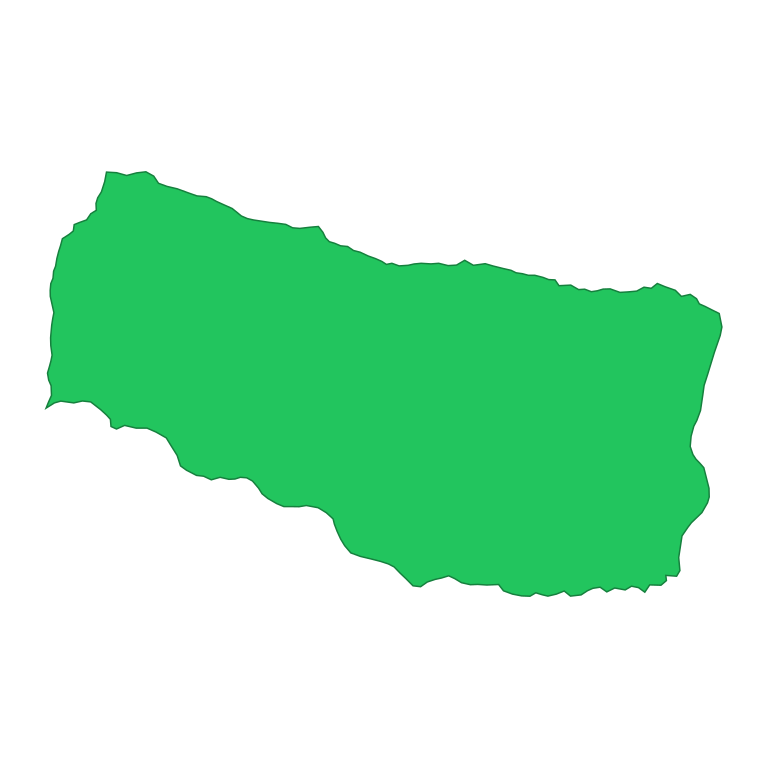 outline of Taciba, São Paulo, Brazil, rotated 270°
{"feature_id": "56859067B58101477098710", "entity_name": "Taciba", "entity_type": "district", "adm_level": 2, "iso_a3": "BRA", "parent_name": "Brazil", "parent_adm1": "São Paulo", "projection": "orthographic", "projection_center": [-51.338, -22.499], "detail": "fine", "context": "isolated", "style": "filled", "palette": "green", "viewbox_px": 768, "rotation_deg": 270, "n_neighbors": 0, "source": "geoboundaries", "source_scale": "gbopen_adm2", "svg_char_len": 2939}
<svg xmlns="http://www.w3.org/2000/svg" viewBox="0 0 768 768"><g transform="rotate(270 384 384)"><path d="M182.2,413.0L181.3,420.6L186.0,427.3L188.6,435.1L190.0,441.5L192.2,448.7L189.4,454.7L185.3,461.5L183.3,470.4L183.6,477.7L183.0,486.8L183.5,498.6L177.2,503.5L173.9,512.5L172.1,521.7L171.8,530.0L175.2,535.8L173.2,542.4L171.9,547.9L173.9,556.4L177.0,564.2L171.9,570.5L173.1,581.1L177.3,587.5L179.7,592.9L180.8,600.1L176.1,606.8L180.0,614.7L178.1,625.2L181.8,631.5L180.4,638.5L175.8,644.8L183.1,649.7L182.8,661.0L187.4,666.4L192.6,665.8L191.8,676.6L197.4,679.9L210.5,678.7L232.1,682.0L240.6,687.8L245.3,691.4L255.4,701.9L265.2,707.5L271.0,709.2L279.7,709.0L300.3,703.8L304.5,700.1L308.9,695.9L313.5,692.9L321.5,690.2L331.8,691.1L341.8,693.8L347.5,696.8L357.5,700.5L373.1,702.8L382.6,704.1L393.8,707.7L415.7,714.4L432.5,720.2L441.0,721.9L454.5,719.2L458.1,711.9L461.6,705.0L464.1,699.3L469.3,696.5L473.6,690.2L471.6,681.4L477.7,675.3L481.3,665.0L484.5,657.3L479.7,651.3L480.8,644.0L476.9,636.7L476.1,628.2L475.6,620.0L479.1,610.2L478.9,603.1L477.2,597.3L476.3,591.3L478.8,584.7L478.4,578.6L482.9,570.8L482.3,559.0L488.1,555.0L488.4,548.7L490.6,543.0L492.7,534.9L492.7,528.4L494.3,522.4L495.2,516.1L497.7,511.0L499.5,503.1L502.0,493.1L504.3,485.2L502.7,473.4L507.7,464.7L502.9,456.5L502.4,448.1L504.7,438.7L504.1,430.9L504.7,421.1L504.0,413.9L502.7,408.2L502.1,399.1L504.7,391.9L503.6,386.4L506.6,381.8L509.4,375.5L512.0,368.2L515.8,360.1L517.5,353.5L521.5,347.6L522.2,340.5L524.7,334.7L526.3,329.3L530.1,325.6L535.7,322.9L541.5,318.4L540.8,310.3L539.6,299.9L540.2,292.6L543.6,285.8L544.7,277.9L545.6,269.4L546.9,261.0L548.0,253.7L549.4,247.4L552.0,241.4L559.5,232.2L563.1,224.1L566.5,216.6L569.2,211.7L571.3,206.2L572.1,196.9L575.2,188.1L579.2,177.2L581.6,167.0L584.7,158.5L591.9,153.7L596.2,145.9L595.1,136.5L592.5,126.7L595.3,116.6L595.9,106.5L586.4,104.7L576.1,101.4L570.2,97.7L564.6,96.0L557.7,96.3L554.3,90.8L548.1,86.6L545.6,79.7L543.4,74.2L537.0,73.3L533.6,69.1L529.3,62.4L522.2,60.5L516.6,58.7L509.6,56.9L501.8,55.6L496.8,53.6L489.7,53.0L484.4,50.8L477.7,50.2L471.6,50.3L462.6,52.3L455.4,53.9L449.2,52.7L442.7,51.7L436.0,51.1L430.2,50.6L422.4,50.8L412.8,52.1L406.9,50.9L401.0,49.3L394.9,47.5L387.9,48.7L382.3,51.1L372.6,51.5L365.6,48.4L359.9,46.1L365.1,54.4L366.9,60.8L365.1,73.8L367.0,82.4L366.1,90.7L358.5,100.5L353.0,106.5L348.7,110.4L341.5,111.0L339.0,116.5L342.6,124.6L339.9,136.1L339.9,147.0L335.9,156.1L330.1,166.3L323.7,170.2L312.5,177.2L302.1,180.5L297.7,186.6L292.6,196.5L291.8,203.6L288.2,211.3L290.7,220.1L288.7,228.9L289.0,235.0L290.7,240.3L290.2,246.7L287.0,252.5L279.8,258.6L274.2,262.1L269.5,267.9L264.4,276.7L261.4,283.9L261.4,292.7L261.3,299.1L262.5,306.3L260.3,318.1L255.3,326.3L249.1,333.1L243.8,334.4L236.5,337.2L228.9,340.7L222.3,344.7L215.1,350.8L211.6,360.4L208.9,371.7L206.6,380.6L204.1,388.3L201.1,394.1L194.9,400.1L189.0,406.3L182.2,413.0Z" fill="#22c55e" stroke="#15803d" stroke-width="1.5"/></g></svg>